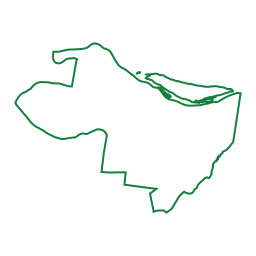 the district of Berón de Astrada, Corrientes, Argentina
{"feature_id": "61730980B95294752297782", "entity_name": "Berón de Astrada", "entity_type": "district", "adm_level": 2, "iso_a3": "ARG", "parent_name": "Argentina", "parent_adm1": "Corrientes", "projection": "albers", "projection_center": [-57.552, -27.488], "detail": "fine", "context": "isolated", "style": "outline", "palette": "green", "viewbox_px": 256, "rotation_deg": 0, "n_neighbors": 0, "source": "geoboundaries", "source_scale": "gbopen_adm2", "svg_char_len": 5673}
<svg xmlns="http://www.w3.org/2000/svg" viewBox="0 0 256 256"><path d="M36.1,126.7L43.1,130.4L46.1,132.6L47.3,133.3L50.0,134.7L52.9,136.1L54.8,137.1L57.1,137.8L58.7,138.2L61.5,139.0L63.7,139.0L69.6,138.0L74.7,137.4L75.6,137.1L76.5,136.7L78.4,135.1L81.0,133.9L82.4,133.5L84.1,133.6L86.3,134.1L87.6,133.7L92.1,131.5L95.6,130.0L97.5,129.3L99.7,129.3L102.6,130.1L103.8,130.9L105.4,132.6L106.9,135.2L103.8,153.0L101.5,172.0L108.4,172.5L122.6,172.3L125.7,172.4L124.4,184.7L156.4,188.9L150.0,193.6L153.7,211.8L155.7,210.9L158.7,210.5L163.2,210.4L163.8,210.5L166.4,212.6L171.6,208.8L172.2,208.0L179.3,196.2L184.1,191.6L184.5,192.1L187.8,193.5L189.7,193.7L190.7,193.5L191.8,193.1L192.9,192.3L193.6,191.3L194.4,189.6L195.2,189.0L196.0,188.5L196.8,187.8L197.3,186.8L197.7,185.5L198.0,184.8L198.5,184.1L203.4,179.6L204.3,178.6L204.9,178.2L207.0,177.3L208.9,178.2L209.6,177.5L211.5,174.5L211.5,171.7L213.0,167.4L212.9,164.2L215.3,161.3L216.0,161.4L216.2,160.5L216.7,160.6L217.1,159.0L217.9,159.3L218.3,157.8L218.8,157.3L218.0,157.0L219.1,155.6L220.2,155.7L221.3,153.9L222.5,153.0L222.6,152.0L224.1,151.1L225.8,150.3L226.8,149.5L228.1,148.3L230.1,146.0L231.7,143.8L233.1,142.2L234.9,131.0L240.6,93.3L239.8,93.3L238.4,92.9L237.0,92.9L231.9,94.7L228.9,95.8L226.1,97.1L220.5,100.2L218.7,101.4L217.0,102.0L212.9,102.2L210.4,102.7L207.6,103.6L205.8,103.9L200.7,105.1L192.1,105.7L189.3,105.7L185.3,105.1L182.8,104.1L176.5,101.2L173.5,100.3L171.2,99.9L169.4,99.3L168.7,99.2L167.0,98.2L165.2,96.8L163.9,95.3L162.8,93.8L162.1,92.7L160.7,90.8L158.8,88.7L156.9,87.7L154.2,87.4L153.1,87.0L149.1,83.5L148.4,83.3L146.4,82.4L141.8,81.5L139.5,80.6L138.2,79.8L136.9,78.7L136.6,78.5L133.6,75.8L130.6,73.7L126.2,70.1L124.0,68.8L121.7,67.7L119.6,66.2L118.5,65.0L117.5,63.7L117.1,63.1L116.0,61.6L114.7,59.4L111.1,52.8L110.0,51.3L109.0,50.3L107.5,49.5L105.6,48.8L104.6,48.6L103.1,47.9L102.0,46.8L100.1,45.3L97.9,44.1L96.2,43.6L94.0,43.4L92.1,44.1L89.3,46.0L88.1,47.1L86.7,47.8L85.3,48.3L82.3,48.9L78.6,49.2L73.0,49.5L68.8,49.6L65.7,50.1L59.1,51.7L53.3,51.8L53.0,56.5L53.1,58.4L53.4,59.8L54.3,61.5L55.8,62.8L57.5,63.3L58.3,63.4L60.3,63.1L62.5,62.0L64.4,60.7L65.7,59.6L67.1,58.9L68.7,58.6L73.9,58.1L74.8,58.3L75.8,58.9L76.9,59.1L75.5,65.8L71.9,86.4L69.5,86.4L67.6,86.0L63.1,84.6L59.2,83.5L57.2,83.3L54.2,83.3L52.5,83.2L50.8,82.9L48.1,82.3L45.6,82.2L41.6,82.1L39.4,82.3L37.4,82.8L35.6,83.8L33.3,85.6L30.5,88.9L27.9,90.3L25.5,92.0L23.8,92.6L21.3,94.0L20.1,95.2L18.5,97.0L16.6,100.0L15.4,102.8L16.1,104.4L17.9,106.7L24.0,113.9L25.7,115.8L31.2,122.7L33.5,124.8L35.4,126.3L36.1,126.7ZM158.7,74.6L157.5,74.0L156.9,73.8L156.0,73.7L155.0,73.7L153.3,74.0L151.7,74.0L150.6,74.2L149.9,74.4L149.5,74.3L149.2,74.4L148.5,74.5L146.9,74.4L146.7,74.4L146.3,74.6L146.5,74.7L147.4,74.8L147.8,75.4L148.2,75.5L148.6,75.3L148.8,75.0L149.0,75.0L149.7,75.0L150.1,75.2L150.1,75.4L149.9,75.6L148.9,75.9L147.7,76.7L146.6,77.5L145.9,77.8L145.7,78.1L146.8,78.9L148.9,79.2L150.0,79.7L151.5,80.1L152.5,80.7L153.3,81.4L154.9,83.1L155.9,83.4L157.1,84.1L158.7,84.7L159.5,84.8L160.5,85.2L162.2,86.9L167.5,90.6L168.9,91.4L168.9,91.5L169.3,91.8L170.5,92.3L171.6,92.5L173.2,93.3L174.7,94.5L176.3,95.8L179.5,97.4L180.3,97.9L180.5,97.9L180.6,98.0L182.0,98.6L183.5,98.9L184.5,98.9L189.1,100.3L190.0,100.8L190.8,101.3L192.4,102.2L193.7,102.2L194.3,102.1L194.9,101.6L195.3,101.1L196.0,100.5L196.6,100.6L197.8,101.3L198.4,101.3L199.0,101.1L199.8,100.7L202.2,99.9L203.2,99.5L204.2,98.7L204.7,98.5L208.4,97.5L209.6,97.1L210.6,97.0L213.3,96.6L214.4,96.3L215.5,95.9L216.2,95.9L216.8,95.6L218.1,95.3L220.0,95.1L222.1,94.4L223.7,93.7L224.2,93.7L224.8,93.5L225.0,93.3L225.7,93.0L227.4,92.6L228.1,92.6L228.8,92.4L229.8,91.4L230.4,91.7L230.9,91.7L231.9,91.5L232.9,91.4L233.0,90.7L231.4,89.3L230.9,89.1L228.8,88.9L228.1,89.1L225.8,88.4L225.0,87.9L224.1,87.6L221.3,87.1L220.1,87.0L216.1,86.2L213.1,86.3L212.9,86.5L212.3,86.4L210.8,86.4L209.5,86.8L208.4,86.7L206.3,86.8L202.8,86.3L202.5,86.4L201.6,86.0L195.3,85.3L193.5,84.6L192.1,84.3L190.1,83.8L188.2,83.9L187.7,83.8L186.6,83.4L184.6,82.7L184.0,82.8L179.7,81.8L179.1,81.6L179.0,81.3L176.7,81.0L175.7,80.7L174.7,80.6L174.1,80.2L172.7,79.7L171.5,79.5L170.2,79.2L168.6,78.2L166.4,77.3L165.7,76.9L163.7,75.4L163.0,75.2L162.3,75.1L162.0,75.2L161.6,75.2L160.2,75.1L158.7,74.6ZM212.7,99.2L212.3,98.8L211.2,98.9L210.2,98.8L209.4,98.9L206.9,99.5L205.8,99.7L204.6,100.2L204.0,100.3L201.6,101.7L201.3,102.1L201.4,102.3L201.5,102.4L202.4,102.1L203.3,102.0L203.8,101.8L204.5,101.7L205.6,101.7L206.1,101.9L206.6,101.9L208.6,101.8L211.2,101.1L211.9,100.7L212.3,100.2L212.7,99.8L212.7,99.2ZM170.2,95.6L168.1,94.3L167.2,94.1L166.4,93.5L165.8,93.2L164.9,92.2L164.3,92.3L164.7,93.0L165.7,95.1L166.0,95.3L166.8,95.6L167.4,95.5L167.8,95.3L170.0,96.1L170.6,96.5L170.8,96.3L170.5,96.0L170.2,95.6ZM214.6,97.4L214.8,97.2L215.3,97.0L215.4,96.8L215.7,96.7L215.6,96.4L213.7,96.8L212.9,97.2L210.7,97.4L209.7,98.2L210.1,98.5L211.9,98.7L212.0,98.6L212.5,98.6L213.7,97.7L214.1,97.6L214.3,97.4L214.6,97.4ZM197.5,101.6L196.7,100.9L196.1,100.9L195.8,101.0L195.2,101.8L194.8,102.1L194.5,102.2L194.4,102.4L195.9,102.6L197.0,102.5L197.7,102.1L198.1,102.1L198.1,101.8L198.1,101.7L197.9,101.6L197.5,101.6ZM169.7,97.6L170.1,97.2L170.3,96.8L169.8,96.4L169.1,96.2L168.0,95.7L167.2,95.8L166.5,95.8L166.6,96.2L169.0,97.5L169.7,97.6ZM159.7,87.5L159.0,87.5L159.5,88.1L159.9,88.5L160.8,88.9L162.1,89.8L162.5,90.2L163.6,90.9L163.6,90.6L163.0,90.2L162.4,89.4L161.5,88.8L161.1,88.4L159.7,87.5ZM137.7,73.4L138.1,73.1L138.6,72.9L139.7,72.8L140.0,72.6L140.0,72.3L139.5,72.2L138.8,72.2L137.8,72.5L137.3,72.9L137.0,73.5L137.7,73.4ZM199.1,103.0L200.1,101.9L199.6,101.9L198.4,102.3L198.4,102.7L198.7,102.9L199.1,103.0Z" fill="none" stroke="#15803d" stroke-width="2"/></svg>